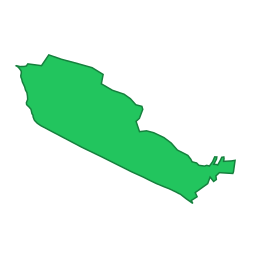 outline of Karakul, Bukhoro, Uzbekistan, rotated 351°
{"feature_id": "79887680B39876155507460", "entity_name": "Karakul", "entity_type": "district", "adm_level": 2, "iso_a3": "UZB", "parent_name": "Uzbekistan", "parent_adm1": "Bukhoro", "projection": "albers", "projection_center": [63.154, 39.851], "detail": "fine", "context": "isolated", "style": "filled", "palette": "green", "viewbox_px": 256, "rotation_deg": 351, "n_neighbors": 0, "source": "geoboundaries", "source_scale": "gbopen_adm2", "svg_char_len": 1327}
<svg xmlns="http://www.w3.org/2000/svg" viewBox="0 0 256 256"><g transform="rotate(351 128 128)"><path d="M61.2,43.4L52.3,52.9L39.1,49.0L37.3,50.8L35.4,51.0L30.9,50.4L27.5,49.0L27.3,49.1L28.1,49.7L29.3,51.0L30.5,53.1L31.2,54.5L31.4,55.6L31.2,57.1L30.3,59.5L30.2,61.0L30.7,63.0L30.9,66.0L31.2,67.0L32.4,71.3L32.7,74.5L33.7,77.2L33.7,80.6L33.4,84.0L31.6,87.1L31.5,88.8L32.0,89.8L33.3,91.4L35.1,94.3L35.4,98.8L36.2,100.7L36.0,102.1L36.5,104.5L36.9,105.9L39.2,109.2L42.3,112.1L79.5,139.9L97.7,152.5L124.5,171.7L135.6,179.0L140.7,182.7L147.3,187.3L154.8,191.9L158.8,194.2L165.5,198.8L168.1,200.8L169.3,201.5L174.2,206.8L174.6,207.2L180.2,212.6L179.2,209.5L185.5,206.7L184.3,202.3L198.0,195.4L201.4,189.3L204.2,194.2L207.2,192.7L207.3,189.1L211.3,186.4L224.4,189.3L225.3,187.8L228.7,176.7L225.0,176.7L217.2,175.9L218.1,173.1L218.1,171.6L216.0,171.6L214.1,174.4L210.8,178.6L209.4,177.8L207.0,177.3L210.6,172.5L211.2,170.5L209.1,170.1L206.3,174.5L202.5,178.3L199.9,177.2L197.6,177.6L192.1,175.9L190.3,173.3L186.0,171.4L185.1,168.6L182.8,164.4L173.3,157.5L168.4,149.7L162.0,143.1L152.7,136.7L145.9,133.7L138.8,133.4L137.0,122.7L140.7,120.3L145.5,111.9L145.1,108.8L139.4,106.3L135.0,99.5L129.4,94.0L118.5,88.3L108.6,80.2L111.8,71.2L102.0,62.8L89.4,57.0L73.0,49.7L61.2,43.4Z" fill="#22c55e" stroke="#15803d" stroke-width="1.5"/></g></svg>